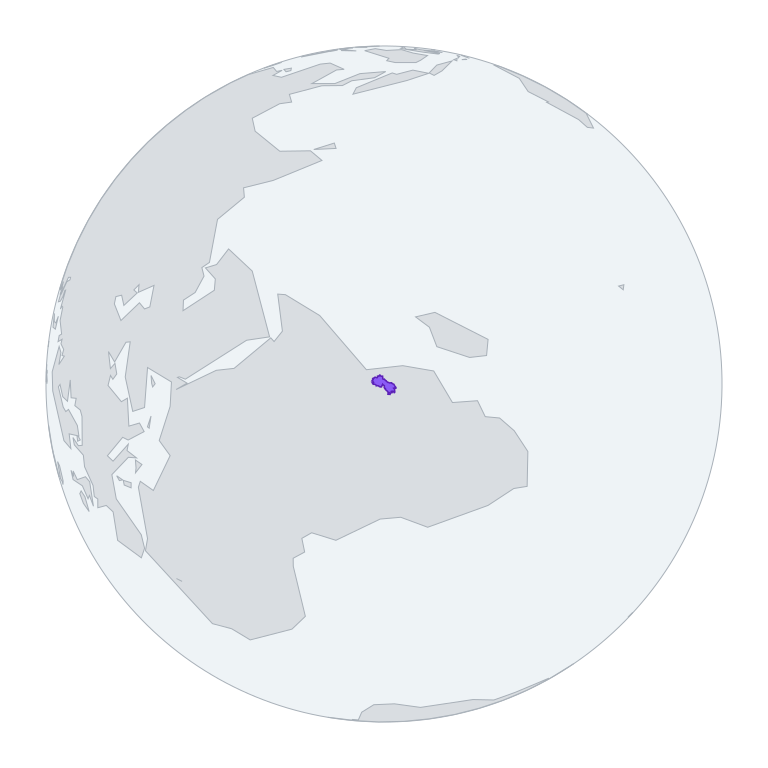 the Earth from above Morogoro, rotated 275°
{"feature_id": "TZA-3379", "entity_name": "Morogoro", "entity_type": "Region", "adm_level": 1, "iso_a3": "TZA", "parent_name": "United Republic of Tanzania", "parent_adm1": "", "projection": "orthographic", "projection_center": [37.042, -7.875], "detail": "fine", "context": "on_globe", "style": "filled", "palette": "violet", "viewbox_px": 768, "rotation_deg": 275, "n_neighbors": 0, "source": "natural_earth", "source_scale": "10m", "svg_char_len": 9069}
<svg xmlns="http://www.w3.org/2000/svg" viewBox="0 0 768 768"><g transform="rotate(275 384 384)"><circle cx="384" cy="384" r="338" fill="#eef3f6" stroke="#a8b0b8"/><path d="M47.1,357.1L47.1,358.1L46.7,371.4L46.3,380.9L47.1,381.9L47.1,387.7L55.1,390.4L63.6,401.8L66.3,422.3L65.0,448.5L77.4,500.1L78.8,521.0L88.3,541.7L105.2,573.7L104.8,574.4L91.3,552.8L79.4,530.3L69.3,507.0L60.9,482.9L54.4,458.3L49.7,433.3L46.9,408.0L46.1,382.6L47.1,357.1ZM105.4,575.2L114.4,587.5L121.9,597.3L122.0,597.4L105.4,575.2ZM177.4,651.3L172.8,647.3L174.6,648.6L178.2,651.7L177.4,651.3ZM639.9,163.3L642.6,166.8L649.6,175.3L650.7,176.5L654.1,180.9L658.5,187.2L670.4,204.6L680.4,221.9L689.7,246.1L686.0,249.8L687.6,255.2L681.7,246.5L680.6,255.1L697.1,292.6L699.0,302.4L694.0,316.9L692.7,309.3L677.0,286.0L679.0,308.9L691.1,333.0L695.4,358.5L688.3,347.9L683.3,325.5L677.7,316.6L675.7,296.1L664.3,264.5L656.8,267.4L654.1,255.6L637.3,229.6L624.6,233.6L606.8,259.9L609.9,290.4L601.3,302.7L577.2,256.0L567.2,227.0L557.9,228.6L533.5,203.8L489.9,199.5L484.1,192.4L475.8,195.3L458.7,187.9L450.1,176.9L439.5,177.4L462.6,206.8L474.0,206.8L484.1,196.0L488.4,206.8L505.0,217.4L485.0,242.9L421.0,265.9L415.6,243.3L371.5,185.7L373.3,179.6L373.1,178.9L372.6,177.7L367.7,187.7L360.4,177.4L383.0,215.7L386.5,233.3L420.1,267.2L416.7,270.8L427.8,278.2L464.3,270.3L464.4,278.0L446.6,314.0L396.7,365.2L403.9,401.1L401.3,432.4L371.5,453.8L375.5,478.6L360.3,487.7L360.2,502.1L348.8,517.8L329.3,533.2L294.5,535.5L291.2,522.4L272.1,498.2L245.1,440.0L252.7,412.3L249.1,391.9L224.1,349.7L229.5,324.9L223.1,315.6L209.7,319.6L202.5,308.7L194.5,309.5L145.7,325.9L131.8,313.7L117.4,273.0L126.9,253.6L130.3,234.0L197.1,160.9L209.4,161.9L259.8,148.3L265.8,149.7L257.8,163.5L294.0,177.2L308.1,165.0L343.0,172.9L367.5,172.1L379.8,147.0L339.7,147.5L334.8,136.1L368.5,125.6L403.9,127.5L403.1,123.3L382.5,113.7L392.3,106.7L375.5,110.1L381.1,114.2L370.7,116.9L365.0,113.5L368.7,110.8L358.5,109.2L343.5,123.9L347.5,129.6L319.8,133.5L323.8,143.8L315.7,149.2L305.9,134.0L308.1,128.3L288.4,114.7L283.5,120.8L301.8,134.5L295.3,133.8L288.8,143.9L288.7,135.7L270.0,120.8L246.2,127.3L212.7,155.3L199.5,159.8L189.7,157.4L205.0,132.3L233.0,125.3L238.8,117.9L235.8,109.7L244.5,108.9L246.7,105.2L257.6,103.0L275.5,92.9L286.9,90.7L296.4,80.8L303.6,78.8L295.9,84.9L296.6,88.7L325.3,86.0L331.6,83.7L335.5,77.9L342.9,78.6L343.0,73.5L360.7,71.1L339.2,70.2L343.3,65.1L355.3,61.3L352.8,59.9L333.1,66.4L328.8,69.4L331.2,71.9L316.0,82.1L305.6,84.6L306.9,74.7L292.3,77.7L299.7,70.1L348.2,54.6L367.2,52.4L393.1,57.1L387.2,59.4L375.0,58.4L383.9,63.1L384.3,60.8L390.5,61.9L395.9,58.7L400.5,59.4L397.8,55.6L404.0,56.2L405.6,58.5L419.0,55.8L432.7,57.3L433.5,56.4L430.4,55.1L449.8,58.7L449.5,58.0L443.1,56.5L438.3,54.4L437.5,52.5L444.3,53.8L445.5,54.6L458.2,59.1L460.4,62.1L463.0,62.5L462.8,60.4L447.3,54.8L444.9,53.4L453.2,55.6L450.0,54.7L450.9,54.5L458.1,55.8L449.5,53.3L450.1,52.6L474.3,58.4L498.0,65.9L521.1,75.1L543.4,86.0L564.9,98.6L585.3,112.6L604.7,128.1L622.9,145.1L639.9,163.3ZM172.1,194.2L169.8,199.9L169.8,200.0L172.1,194.2ZM440.4,144.0L462.2,146.3L453.9,131.3L461.6,131.3L455.9,126.6L453.2,130.2L439.6,118.0L449.6,114.9L447.7,109.3L440.3,108.4L424.3,116.4L443.6,133.3L437.9,138.9L440.4,144.0ZM248.3,90.5L251.1,91.6L245.6,95.9L231.2,101.4L239.0,94.9L248.3,90.5ZM256.3,92.4L261.7,82.6L270.8,79.7L264.8,82.8L270.3,81.9L262.0,86.8L265.6,94.7L261.0,99.3L236.9,105.2L247.3,100.3L243.9,99.2L256.3,92.4ZM259.1,71.8L261.5,70.0L278.3,65.6L274.1,68.0L259.4,72.8L255.8,73.0L259.1,71.8ZM313.5,53.5L310.8,54.1L307.8,54.8L299.4,56.8L295.1,58.1L293.6,58.4L288.3,60.2L288.5,59.9L281.8,62.0L285.1,61.2L263.0,68.5L287.9,60.0L313.5,53.5ZM273.9,144.2L278.7,144.3L286.6,143.0L282.7,149.9L273.9,144.2ZM260.7,134.0L265.3,132.7L263.6,140.7L258.5,141.1L260.7,134.0ZM269.3,125.7L265.7,132.0L264.7,128.8L269.3,125.7ZM300.3,83.8L305.4,82.7L305.3,83.9L301.8,86.3L300.3,83.8ZM357.7,48.2L354.8,48.1L356.7,47.8L356.8,47.3L364.0,46.8L366.7,46.9L357.7,48.2ZM372.2,151.2L364.3,156.0L360.9,153.8L364.3,152.5L372.2,151.2ZM320.7,152.1L331.8,154.7L319.5,153.9L320.7,152.1ZM365.5,47.5L364.8,47.2L368.8,47.2L365.5,47.5ZM369.2,46.5L374.2,46.4L364.9,46.7L369.2,46.5ZM502.0,609.2L503.8,614.3L498.7,614.1L502.0,609.2ZM459.8,428.5L437.5,483.8L421.3,483.7L417.9,467.0L425.8,433.4L444.5,424.3L453.6,409.6L459.8,428.5ZM713.9,433.2L714.8,437.0L714.5,438.5L713.9,433.2ZM713.2,425.3L714.8,428.4L712.3,428.4L713.2,425.3ZM715.4,429.6L717.0,429.2L717.7,427.8L717.1,430.9L715.4,429.6ZM711.8,423.7L701.0,414.5L695.8,407.0L697.8,401.9L706.3,408.8L711.8,423.7ZM697.4,401.5L688.3,380.3L670.0,327.8L676.7,330.6L694.6,365.1L693.6,369.6L699.2,385.4L697.4,401.5ZM716.2,384.3L715.0,398.7L709.8,392.4L707.0,387.8L705.2,367.2L706.3,358.5L708.9,360.5L714.4,335.7L717.3,346.1L716.5,357.3L718.6,372.3L716.2,384.3ZM611.5,293.6L619.7,313.5L614.5,315.7L611.5,293.6ZM713.5,316.9L713.4,327.4L712.4,312.1L713.5,316.9ZM711.0,301.7L712.6,308.7L710.4,300.8L711.0,301.7ZM690.6,264.2L688.1,263.9L686.5,259.2L688.7,256.9L690.6,264.2ZM688.1,236.9L693.9,250.0L695.5,254.1L691.5,245.1L688.1,236.9ZM425.6,49.5L417.4,50.1L416.3,51.7L423.1,53.7L410.0,51.8L411.7,49.3L425.6,49.5ZM397.7,46.4L394.7,46.4L391.5,46.3L397.7,46.4ZM670.3,563.5L671.3,561.8L657.2,570.4L657.4,564.2L664.4,554.8L678.8,521.5L679.4,523.1L687.9,502.1L700.3,492.1L711.5,465.2L710.4,471.6L702.9,495.6L693.8,519.0L682.9,541.7L670.3,563.5ZM715.9,440.7L718.2,432.2L718.3,433.1L715.9,440.7ZM721.4,402.2L721.2,406.0L721.3,401.7L721.4,402.2ZM719.5,377.1L719.9,387.3L721.2,384.6L720.2,390.7L720.0,408.2L719.3,413.3L719.7,394.5L718.1,410.9L717.4,409.2L718.0,393.7L719.2,377.3L719.9,371.4L721.6,374.3L719.5,377.1ZM719.6,344.7L720.2,350.1L718.2,335.6L717.9,338.0L716.9,326.0L717.8,331.4L719.6,344.7ZM716.0,321.8L716.0,323.8L715.0,316.4L716.0,321.8ZM715.0,319.3L713.3,311.0L714.3,313.7L715.0,319.3ZM715.8,320.0L716.4,323.3L713.7,309.9L714.0,311.3L715.8,320.0ZM708.7,292.3L713.4,309.0L710.0,298.8L702.5,272.9L703.4,274.2L708.7,292.3Z" fill="#d9dde1" stroke="#a8b0b8" stroke-width="1"/><path d="M388.4,384.4L388.4,384.5L388.1,384.7L388.0,384.8L387.9,384.9L387.8,385.1L387.7,385.2L387.7,385.3L387.5,385.6L387.5,385.8L387.4,385.8L387.2,385.9L387.1,386.0L386.9,386.3L386.8,386.5L386.7,386.6L386.6,386.8L386.4,387.0L386.2,387.3L386.0,387.5L385.9,387.7L385.9,387.9L386.0,388.0L386.0,388.4L385.8,388.8L385.6,389.3L385.5,389.5L385.6,390.0L385.8,390.6L385.7,391.0L385.9,391.2L385.9,391.5L385.5,391.6L385.3,391.8L385.2,392.2L385.1,392.4L385.0,392.5L384.6,393.9L384.2,394.1L383.6,394.5L383.0,394.8L382.6,395.2L382.3,395.6L381.8,396.0L381.3,396.3L380.9,396.3L380.7,396.0L381.0,395.6L381.2,395.1L381.0,394.7L380.8,394.3L380.8,394.1L380.7,393.9L380.6,394.0L380.5,394.4L380.2,394.7L380.1,394.9L379.6,395.0L379.2,394.9L378.7,395.1L378.5,394.9L378.4,394.9L378.5,394.8L378.2,394.9L377.9,395.1L377.9,395.3L377.6,395.4L377.4,395.4L376.6,395.4L376.3,395.2L376.3,394.9L376.6,394.8L376.7,394.7L376.9,394.3L377.1,394.0L377.2,393.9L377.1,393.6L377.2,393.4L377.5,393.2L377.6,392.9L377.5,392.7L377.4,392.5L377.4,392.1L377.3,391.9L377.0,392.2L376.6,392.5L376.4,392.6L376.2,392.7L376.2,392.4L376.1,392.1L375.0,391.2L374.6,390.6L374.4,390.6L374.2,390.7L374.2,390.1L374.1,389.9L374.2,389.6L374.2,389.3L374.1,389.1L374.1,388.8L374.6,388.8L375.1,388.9L375.8,389.1L375.9,389.7L376.0,389.8L376.1,389.5L376.1,389.3L376.3,388.5L376.5,388.3L377.0,388.1L377.4,387.7L377.6,387.1L378.0,386.6L378.5,386.2L379.0,385.9L379.4,385.9L379.7,385.8L379.8,385.6L379.8,385.4L379.7,385.2L379.8,385.2L379.9,384.9L380.4,384.6L380.9,384.4L381.4,384.5L381.9,384.6L382.4,384.5L382.6,384.0L382.9,383.5L383.3,383.1L383.6,382.7L383.4,382.7L383.0,382.6L382.9,382.6L382.7,382.7L382.5,382.3L382.5,382.2L382.4,382.2L382.2,382.2L381.9,382.1L381.7,381.9L381.4,381.9L381.2,381.9L380.9,381.8L380.8,381.6L380.7,381.0L380.9,380.8L381.0,380.5L380.9,380.2L380.9,379.7L381.2,379.2L381.7,378.9L381.7,378.6L381.7,377.5L381.8,377.1L381.9,376.8L381.8,376.7L382.0,376.7L382.1,376.4L382.2,376.1L382.4,375.6L382.6,375.4L382.9,375.0L382.8,373.6L382.8,373.2L383.3,372.9L384.1,372.2L384.2,372.8L384.4,372.9L384.5,372.9L384.4,373.1L384.4,373.3L384.5,373.3L384.6,373.5L384.9,373.4L385.0,373.2L385.3,373.0L385.5,372.8L385.7,372.7L385.9,372.5L386.0,371.9L386.0,371.7L386.2,371.8L386.3,371.8L386.5,371.9L386.8,372.0L386.9,372.3L387.3,372.7L387.4,372.8L387.6,372.7L387.9,372.7L388.1,372.6L388.1,372.4L388.4,372.4L388.5,372.3L388.7,372.5L388.9,372.8L388.9,373.0L389.0,373.2L389.1,373.3L389.2,373.6L389.4,373.8L389.4,374.0L389.5,374.1L389.8,374.2L389.7,374.2L389.8,374.3L390.0,374.4L390.0,374.9L389.8,375.8L389.7,376.2L389.6,376.3L389.6,376.5L389.9,376.8L390.0,376.8L390.8,377.1L391.1,377.1L391.3,377.0L391.5,377.5L391.3,377.8L391.3,378.2L391.5,378.5L391.8,378.6L392.0,378.6L392.3,378.7L392.5,378.8L392.5,379.0L392.5,379.4L392.3,379.7L392.1,379.9L391.9,379.9L391.7,380.1L391.5,380.3L391.4,380.7L391.6,381.5L391.7,381.9L390.8,382.1L390.5,382.2L390.2,382.2L389.8,382.2L389.3,382.3L389.0,382.3L388.9,382.5L388.8,382.8L388.8,383.1L388.7,383.4L388.8,383.7L388.7,383.7L388.7,383.8L388.5,384.1L388.5,384.3L388.4,384.4Z" fill="#8b5cf6" stroke="#5b21b6" stroke-width="1.5"/></g></svg>